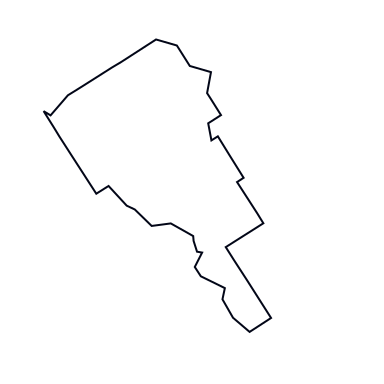 Clayton, Georgia, United States of America (Equal Earth projection), rotated 327°
{"feature_id": "52423323B9974205339901", "entity_name": "Clayton", "entity_type": "district", "adm_level": 2, "iso_a3": "USA", "parent_name": "United States of America", "parent_adm1": "Georgia", "projection": "equal_earth", "projection_center": [-84.36, 33.501], "detail": "fine", "context": "isolated", "style": "outline", "palette": "ink", "viewbox_px": 384, "rotation_deg": 327, "n_neighbors": 0, "source": "geoboundaries", "source_scale": "gbopen_adm2", "svg_char_len": 694}
<svg xmlns="http://www.w3.org/2000/svg" viewBox="0 0 384 384"><g transform="rotate(327 192 192)"><path d="M189.7,340.7L190.1,295.7L190.1,272.3L190.3,256.6L234.8,257.1L235.1,245.3L235.2,208.2L243.0,208.2L243.5,181.0L244.0,159.4L236.4,159.3L243.0,143.2L258.2,143.3L258.5,122.8L258.5,117.3L273.2,101.8L258.8,85.1L259.1,60.9L244.9,44.5L203.3,44.4L192.8,44.0L155.6,43.6L140.6,43.3L115.1,50.7L111.6,43.4L111.3,62.7L111.0,73.2L110.9,97.6L110.8,141.3L125.3,141.5L129.8,167.9L134.5,175.5L139.7,198.5L157.1,206.8L169.0,229.6L166.7,233.9L163.7,244.8L167.5,248.3L153.5,256.4L153.5,267.5L167.2,290.5L159.1,298.6L157.9,319.8L164.1,340.7L189.7,340.7Z" fill="none" stroke="#020617" stroke-width="2"/></g></svg>